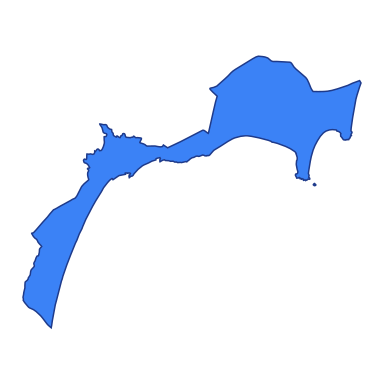 outline of Phan Thiet, Bình Thuận, Vietnam
{"feature_id": "81297802B56109009945364", "entity_name": "Phan Thiet", "entity_type": "district", "adm_level": 2, "iso_a3": "VNM", "parent_name": "Vietnam", "parent_adm1": "Bình Thuận", "projection": "robinson", "projection_center": [108.172, 10.903], "detail": "fine", "context": "isolated", "style": "filled", "palette": "blue", "viewbox_px": 384, "rotation_deg": 0, "n_neighbors": 0, "source": "geoboundaries", "source_scale": "gbopen_adm2", "svg_char_len": 5916}
<svg xmlns="http://www.w3.org/2000/svg" viewBox="0 0 384 384"><path d="M262.7,56.6L258.4,56.2L256.1,56.9L252.8,58.7L235.5,69.3L232.9,71.1L231.0,72.8L228.1,75.9L225.0,78.8L216.8,86.1L213.7,87.4L210.2,88.2L209.9,88.8L210.3,89.5L212.9,92.2L217.2,96.2L215.6,101.7L213.5,110.7L208.5,132.9L208.2,133.4L204.4,130.6L203.1,130.2L202.6,130.3L180.5,141.7L167.6,147.8L163.4,145.0L162.5,146.5L160.5,146.9L158.2,146.6L154.9,146.0L147.1,146.1L146.1,145.6L145.1,144.7L143.5,143.9L140.1,142.8L139.8,142.5L139.9,142.1L141.4,139.1L141.4,138.3L140.9,138.0L137.6,137.6L136.4,137.7L135.5,137.6L134.2,136.4L133.8,136.2L133.5,136.2L132.8,137.2L131.2,137.3L130.4,137.7L126.2,137.3L126.1,137.2L125.5,136.4L124.9,134.3L124.4,133.7L123.6,133.5L122.8,133.7L122.3,134.8L121.8,135.6L120.8,135.9L120.2,137.6L119.5,137.6L118.3,136.7L117.3,136.0L116.7,136.1L116.6,136.7L116.5,137.0L115.7,136.9L113.6,135.6L113.2,134.7L113.3,134.3L113.1,133.3L111.9,131.8L111.6,129.5L109.6,129.0L108.7,128.2L107.9,127.6L107.3,126.7L106.8,125.4L106.5,125.0L105.6,124.6L103.6,124.7L100.5,124.0L99.8,124.0L99.9,124.5L100.2,125.0L101.0,126.1L102.0,127.7L102.8,130.6L103.1,131.9L103.4,132.4L104.2,133.1L106.3,133.7L106.6,134.0L106.8,134.3L106.7,135.2L106.1,136.4L105.8,136.6L104.6,136.6L104.1,136.8L104.2,140.2L104.4,141.9L104.3,143.4L103.3,146.8L102.0,149.6L101.5,150.1L101.1,150.5L99.5,150.7L99.1,149.8L98.6,149.3L98.3,149.1L97.4,149.1L97.0,149.4L95.5,151.3L95.0,151.3L94.7,151.1L94.7,152.5L94.4,153.1L94.0,153.9L93.1,154.3L92.8,154.4L90.5,153.9L88.9,154.2L87.1,154.0L86.9,154.0L86.8,155.1L86.7,158.3L86.5,159.2L86.2,159.5L84.4,159.1L84.1,159.3L83.6,160.0L83.5,160.4L83.7,161.3L84.1,162.4L84.4,162.7L86.4,163.4L87.3,164.1L88.3,165.2L89.7,167.6L89.5,167.9L87.8,168.3L87.5,168.7L87.5,168.9L88.3,169.7L88.6,170.4L88.5,171.1L87.8,172.5L87.6,173.9L87.7,175.5L88.1,177.5L88.6,179.0L88.7,179.7L88.2,180.3L84.1,183.8L82.1,186.0L81.3,187.2L77.0,195.7L75.4,197.9L74.0,198.7L72.5,199.3L70.4,200.6L61.0,205.7L55.1,209.1L53.5,209.8L49.9,213.9L47.5,217.0L42.9,222.0L36.2,229.8L33.5,232.7L32.8,233.0L32.2,233.0L31.7,233.3L31.9,233.9L33.5,236.6L35.2,238.4L36.6,239.3L37.5,240.9L38.0,242.1L39.5,244.0L41.0,245.5L41.7,246.5L40.0,248.4L39.5,249.2L39.3,252.3L38.6,255.3L38.3,255.8L37.2,256.0L36.8,256.4L36.0,258.0L35.1,260.8L34.1,262.5L33.8,263.8L34.3,265.5L34.2,266.5L31.3,269.7L30.7,271.2L30.3,274.3L30.0,275.3L28.3,277.9L28.0,279.3L27.7,279.6L27.3,280.2L25.3,281.9L25.1,282.5L24.9,285.4L24.9,287.9L23.8,292.5L23.5,294.9L23.2,296.2L23.0,297.3L23.4,299.1L23.2,300.3L24.7,302.6L27.7,306.2L28.7,307.3L29.8,308.0L33.4,309.6L36.1,311.5L40.7,315.8L42.3,317.7L47.0,323.9L48.3,325.3L51.2,327.8L51.7,325.2L52.3,320.9L55.3,304.7L56.5,300.3L61.5,280.8L62.2,279.0L62.8,276.5L66.8,264.9L70.7,254.8L75.4,243.2L76.8,240.4L79.3,233.9L82.0,228.6L82.7,226.6L85.8,219.4L92.6,206.3L95.8,200.7L101.4,191.7L103.6,187.7L107.4,182.8L108.9,181.1L110.3,179.7L112.0,178.5L112.4,178.7L113.0,179.7L119.0,175.6L125.5,174.3L125.2,173.4L125.2,173.1L125.4,173.0L126.9,173.0L127.0,173.2L127.7,173.3L127.7,173.0L129.5,173.0L130.0,173.2L130.4,173.4L129.7,175.1L129.3,175.0L129.0,175.9L129.0,176.5L129.3,177.7L129.5,177.6L130.4,176.6L131.3,176.2L131.9,176.2L132.7,175.7L133.2,175.2L134.0,173.8L138.1,169.3L142.4,165.8L144.0,164.9L148.6,162.9L151.8,161.2L155.9,159.9L155.9,159.1L156.1,158.7L157.3,158.2L159.9,157.6L160.4,158.7L159.9,159.3L159.9,161.6L160.0,161.8L161.8,160.7L163.1,160.1L164.5,159.8L165.3,160.5L168.8,160.7L170.5,161.3L173.1,161.2L174.8,162.1L176.4,162.0L177.7,162.6L180.4,162.4L181.5,162.6L185.7,161.6L186.8,161.9L187.1,161.4L188.5,160.5L190.4,158.8L192.0,157.8L192.7,157.6L193.8,157.4L196.1,156.2L197.4,156.1L198.6,156.4L199.4,156.3L202.7,155.0L204.0,155.3L204.8,155.8L205.4,155.9L206.4,155.7L206.6,155.9L206.9,155.9L207.2,155.6L207.8,155.5L208.8,155.6L209.8,154.9L212.9,151.3L214.1,150.1L220.5,146.2L228.1,141.3L232.4,138.9L234.7,137.9L240.7,136.3L245.3,135.8L247.3,135.8L251.3,136.3L259.1,137.9L268.3,140.3L271.0,141.3L271.9,142.1L272.2,142.2L273.4,142.3L277.5,143.4L285.6,146.4L290.2,148.6L294.8,151.6L295.6,152.5L296.1,153.3L295.9,153.4L295.9,153.6L296.4,154.7L297.2,157.4L297.2,159.2L297.1,159.7L296.5,161.0L296.5,161.8L296.3,163.5L296.3,164.8L297.1,169.1L297.4,170.0L297.9,171.9L297.5,173.4L296.6,174.0L296.2,173.9L295.7,174.1L295.5,174.5L295.4,175.1L295.5,175.5L295.9,176.2L296.0,176.6L296.3,176.9L296.7,178.1L298.4,178.0L299.1,177.5L299.4,177.9L299.6,177.8L300.0,178.0L300.2,178.7L300.4,178.6L300.5,178.4L300.8,178.4L301.0,178.5L301.2,178.9L301.6,178.8L301.6,179.2L302.8,178.9L303.0,179.2L303.5,179.4L303.3,179.9L303.4,180.2L303.7,180.4L304.3,180.1L305.7,180.1L305.9,180.0L306.0,180.1L306.0,180.4L306.5,180.1L307.4,179.8L308.1,179.1L309.3,179.3L309.7,179.2L309.8,179.0L309.7,178.2L309.3,177.9L309.0,177.3L308.7,177.2L309.1,175.3L308.4,173.6L308.7,171.0L310.3,161.2L311.3,156.4L313.1,150.1L315.0,145.4L317.5,140.7L320.3,136.3L323.1,133.2L324.3,132.2L326.2,131.0L329.5,129.9L332.4,129.6L335.8,129.9L336.5,130.1L336.8,131.0L338.3,131.4L339.5,132.0L340.4,132.9L340.9,133.7L340.6,134.2L340.7,136.2L342.1,137.8L342.4,138.4L343.4,139.7L344.4,140.0L345.3,139.8L345.8,140.1L346.6,139.6L347.0,139.7L347.3,139.5L347.8,139.7L348.0,139.6L348.3,139.7L348.7,139.6L348.8,139.6L349.1,138.8L349.2,138.7L349.5,138.3L350.0,138.0L350.2,137.2L350.5,136.7L350.5,136.3L350.6,136.0L351.4,135.6L351.0,134.9L351.0,134.2L351.5,133.7L352.0,132.5L352.0,132.1L351.4,131.5L351.0,130.8L351.1,128.8L351.4,126.4L352.7,117.3L355.9,99.3L357.0,95.2L359.5,87.2L361.0,83.0L359.6,80.6L352.5,83.2L347.8,85.4L337.3,88.9L331.9,90.4L327.6,91.2L323.6,91.5L318.2,91.6L313.1,91.5L312.3,90.5L311.0,88.3L308.9,83.1L307.2,79.5L305.7,77.5L295.8,68.9L293.9,66.9L291.7,63.5L290.7,62.5L289.7,62.2L277.2,61.5L272.9,61.5L271.2,60.9L267.8,58.0L265.0,57.0L262.7,56.6ZM314.8,185.7L315.7,185.3L315.8,184.7L315.5,184.3L314.9,184.1L314.6,183.5L314.3,183.5L313.5,184.3L313.3,184.8L314.2,185.6L314.8,185.7Z" fill="#3b82f6" stroke="#1e3a8a" stroke-width="1.5"/></svg>